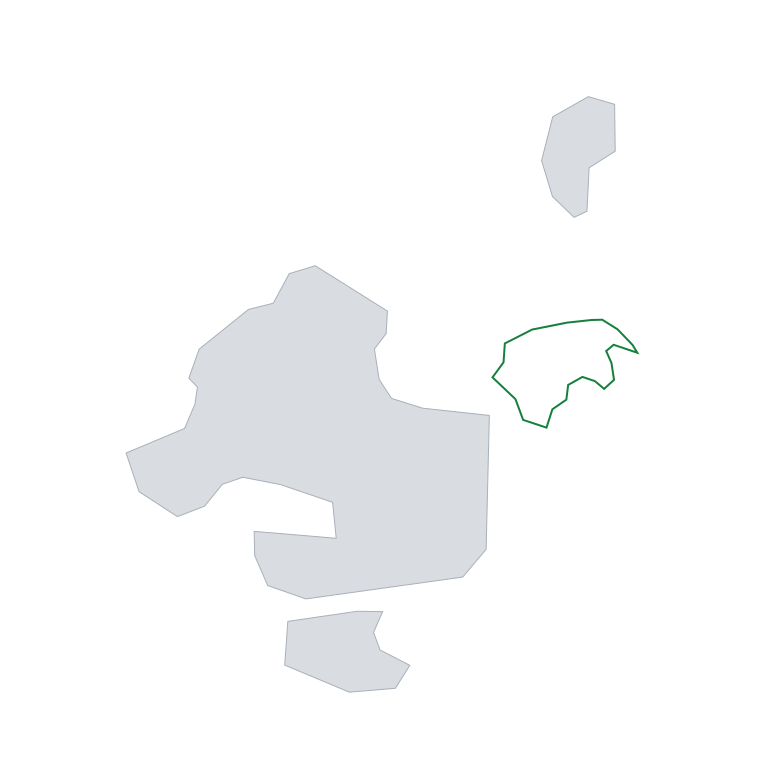 Lemland highlighted on a map of Aland, rotated 277°
{"feature_id": "ALD-4818", "entity_name": "Lemland", "entity_type": "state/province", "adm_level": 1, "iso_a3": "ALA", "parent_name": "Aland", "parent_adm1": "", "projection": "orthographic", "projection_center": [20.133, 60.033], "detail": "fine", "context": "in_parent", "style": "outline", "palette": "green", "viewbox_px": 768, "rotation_deg": 277, "n_neighbors": 0, "source": "natural_earth", "source_scale": "10m", "svg_char_len": 1139}
<svg xmlns="http://www.w3.org/2000/svg" viewBox="0 0 768 768"><g transform="rotate(277 384 384)"><path d="M341.0,198.8L358.2,199.2L366.0,189.6L396.1,196.3L441.5,240.4L450.7,264.3L482.0,276.5L493.0,301.3L456.8,378.5L434.3,380.0L417.6,370.2L388.0,378.6L370.6,393.2L364.7,425.3L365.6,492.4L232.4,505.5L202.0,485.7L161.2,332.6L169.7,293.2L197.8,276.6L221.9,273.1L225.0,355.4L260.3,347.4L271.6,293.2L274.2,255.1L264.8,235.8L240.9,220.8L227.2,195.1L247.3,154.0L284.1,136.4L315.6,191.5L341.0,198.8ZM155.1,384.9L157.9,410.4L136.2,403.9L119.5,412.5L107.9,443.9L83.4,432.4L73.9,387.1L92.9,319.7L136.7,317.5L155.1,384.9ZM694.1,551.8L689.7,578.8L643.3,585.1L623.6,561.2L580.2,564.4L572.6,552.4L590.5,528.4L624.9,513.2L669.8,518.9L694.1,551.8Z" fill="#d9dde1" stroke="#a8b0b8" stroke-width="1"/><path d="M365.3,526.5L385.0,516.3L403.8,490.9L420.1,500.0L439.0,499.0L456.1,524.4L467.2,558.1L472.8,582.1L474.4,592.8L466.7,609.2L453.0,626.0L445.9,631.6L450.9,607.1L443.8,600.5L432.6,607.2L416.2,611.8L406.0,603.1L412.6,592.9L415.2,580.1L405.5,566.9L390.7,566.9L379.4,554.2L360.5,550.6L365.3,526.5Z" fill="none" stroke="#15803d" stroke-width="2"/></g></svg>